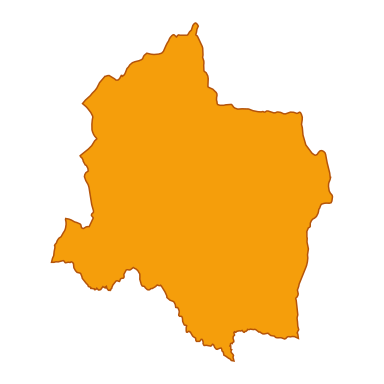 Gachetá, Cundinamarca, Colombia (Equal Earth projection)
{"feature_id": "7082276B90187187212426", "entity_name": "Gachetá", "entity_type": "district", "adm_level": 2, "iso_a3": "COL", "parent_name": "Colombia", "parent_adm1": "Cundinamarca", "projection": "equal_earth", "projection_center": [-73.63, 4.871], "detail": "fine", "context": "isolated", "style": "filled", "palette": "amber", "viewbox_px": 384, "rotation_deg": 0, "n_neighbors": 0, "source": "geoboundaries", "source_scale": "gbopen_adm2", "svg_char_len": 5921}
<svg xmlns="http://www.w3.org/2000/svg" viewBox="0 0 384 384"><path d="M301.4,114.3L300.4,112.5L299.5,112.2L297.7,113.2L296.8,113.4L293.7,112.3L290.5,112.1L285.4,113.9L283.7,113.8L280.6,112.4L278.0,112.0L277.1,112.0L275.5,112.7L273.9,112.9L268.0,111.0L266.7,111.0L264.9,112.1L264.2,112.1L262.9,111.5L261.2,111.9L258.0,111.7L253.0,110.7L248.6,109.0L242.1,108.8L237.7,109.1L234.7,108.0L233.6,107.1L232.0,104.9L231.3,104.4L225.9,104.8L223.6,105.3L219.9,105.3L217.6,104.5L217.1,103.4L217.0,101.9L216.5,100.0L216.6,97.4L217.0,95.5L216.9,93.9L216.2,92.5L212.8,89.2L208.8,87.4L207.9,86.7L208.2,78.7L207.8,76.0L206.2,72.8L204.6,71.6L204.1,71.1L203.9,70.5L203.7,65.2L203.9,63.1L203.8,61.0L202.6,57.4L203.0,55.0L202.7,48.1L202.2,46.4L198.2,37.8L197.3,36.0L196.1,35.2L195.8,34.6L196.5,32.1L196.9,29.4L198.3,26.1L197.3,24.3L195.8,23.0L195.2,23.0L193.7,24.2L192.8,25.6L191.4,30.0L189.5,31.9L187.9,34.6L187.1,35.2L180.0,35.2L178.6,34.9L177.5,35.5L176.8,36.7L176.4,37.0L174.2,34.9L173.7,34.7L173.1,34.8L171.9,35.6L170.3,37.4L169.4,38.9L168.6,40.9L167.2,43.1L165.9,45.7L163.4,51.4L161.6,53.2L158.6,54.1L154.0,54.5L150.9,54.2L146.8,53.2L144.4,55.2L143.6,56.3L142.6,58.8L141.4,59.7L139.1,60.7L135.0,61.7L132.4,62.7L129.9,64.8L128.3,67.2L127.0,68.5L125.0,73.6L123.9,75.2L122.2,76.4L121.9,76.1L121.8,75.4L121.3,75.4L119.7,78.4L118.4,79.8L117.1,80.2L115.8,80.0L114.7,78.9L109.1,75.5L107.2,75.7L105.8,76.3L105.0,76.3L99.6,82.6L96.8,88.1L94.9,90.6L92.2,93.3L90.3,95.7L85.5,100.0L82.5,103.6L86.0,106.6L87.5,108.2L90.8,112.5L92.6,116.0L92.8,117.2L92.3,119.7L91.9,124.2L92.0,129.9L92.6,132.0L93.6,134.4L94.8,136.3L96.3,137.9L96.8,138.9L94.7,140.8L91.7,145.7L88.2,149.2L80.1,155.7L80.6,156.8L81.8,157.8L82.9,159.7L83.2,161.2L85.2,164.9L86.4,165.5L87.9,168.4L88.2,171.0L85.8,172.8L84.8,174.6L84.4,176.7L85.8,180.6L88.1,184.6L89.0,187.5L91.7,204.5L93.5,210.9L93.4,212.4L91.8,213.9L91.4,215.1L91.5,215.6L93.1,217.6L93.2,218.1L89.2,226.6L87.7,226.6L86.1,226.9L83.5,228.5L82.3,228.3L81.4,227.3L80.8,224.8L80.0,223.9L76.7,222.5L74.6,221.9L71.3,220.0L68.9,219.1L65.7,218.5L65.5,219.6L66.0,221.9L66.1,224.4L65.6,227.8L65.1,229.6L64.3,231.3L63.5,232.4L61.1,236.7L58.8,238.3L57.3,240.5L56.3,243.1L55.0,244.5L54.7,245.3L54.8,245.3L54.9,247.8L54.2,251.3L53.7,255.7L52.5,258.3L51.5,262.3L54.0,262.3L55.9,261.8L58.2,261.9L63.2,260.6L63.9,261.0L65.1,262.6L65.6,262.8L68.3,262.2L70.2,262.5L71.1,261.8L71.7,261.9L73.4,263.3L73.9,267.8L75.5,270.7L77.1,272.4L80.1,273.1L80.7,273.6L81.9,276.6L82.3,278.4L86.5,283.7L87.7,284.7L88.4,286.5L90.4,287.2L90.9,287.7L90.8,288.4L91.0,288.4L94.4,288.8L95.0,289.3L94.7,289.7L94.9,289.8L96.2,289.2L96.8,288.2L98.4,290.0L98.9,289.8L99.4,290.0L100.7,289.6L102.9,286.6L103.5,287.1L104.7,287.4L105.5,288.5L105.2,287.1L106.4,286.3L106.8,288.2L108.4,290.3L109.4,290.4L110.2,289.8L110.4,290.2L110.8,289.8L110.8,289.2L111.7,288.2L111.7,288.7L111.9,287.4L112.9,285.0L116.0,281.1L117.0,280.7L119.3,281.5L119.7,281.1L120.5,278.9L121.6,278.4L123.5,278.1L124.1,277.0L123.9,274.3L126.2,270.0L127.1,269.7L129.7,270.0L130.5,269.7L133.3,267.5L135.0,268.6L135.7,268.7L136.4,269.5L137.6,270.3L139.8,274.0L139.9,276.8L139.8,279.3L141.3,284.5L142.2,286.0L144.5,286.5L145.2,287.7L147.4,289.7L149.0,289.9L149.8,289.6L150.8,288.6L152.3,288.5L155.5,286.6L157.2,285.0L158.9,285.6L160.7,285.7L160.8,285.4L161.3,285.9L165.0,291.9L166.8,295.9L166.9,297.5L170.0,300.2L173.0,301.3L174.0,302.0L175.3,304.6L175.7,307.4L176.6,307.6L177.5,307.5L178.3,308.6L179.2,311.0L179.2,312.3L178.7,314.9L178.8,315.5L179.7,316.3L181.2,316.3L181.8,316.6L182.4,318.0L182.7,321.5L184.1,324.7L184.5,325.1L185.8,325.2L186.7,325.8L186.3,326.9L186.2,328.0L186.2,330.9L186.5,332.1L187.2,332.3L188.8,331.3L189.3,331.4L189.7,331.9L190.3,332.0L192.6,336.0L193.5,336.8L195.6,338.1L195.9,340.6L196.5,341.4L199.4,341.4L200.3,340.7L201.1,339.4L201.9,339.3L202.4,339.8L203.2,342.1L203.0,343.3L203.6,344.9L204.2,345.5L206.3,345.3L210.8,346.1L211.6,345.5L212.4,344.3L212.8,344.3L213.6,344.9L214.7,347.4L216.3,349.2L217.2,349.3L219.4,348.4L220.9,348.0L221.3,348.2L221.7,349.2L222.0,350.9L223.3,352.2L223.9,355.2L225.5,356.0L228.8,358.4L229.9,358.8L231.3,360.5L234.0,361.0L233.0,357.1L233.5,355.5L233.1,354.6L231.2,352.4L231.0,351.2L231.7,349.6L230.7,349.3L230.8,346.7L229.8,346.0L230.0,345.6L230.7,345.2L230.4,344.4L230.6,343.6L231.4,343.2L232.2,343.6L232.7,342.5L233.8,341.8L233.7,340.3L233.1,338.7L233.1,337.4L233.4,336.2L234.5,335.3L234.5,334.6L234.1,333.9L233.9,332.4L234.7,331.7L235.2,332.2L235.7,332.4L236.9,331.3L239.4,330.8L240.8,331.0L242.1,330.4L243.5,332.1L244.3,332.3L245.2,331.3L245.9,331.4L247.2,330.3L247.5,329.4L248.2,329.6L249.3,329.6L250.3,329.1L253.6,329.6L254.8,329.3L256.0,329.8L258.9,332.1L260.0,332.0L261.1,332.9L262.9,333.9L264.4,333.9L267.9,333.2L270.7,335.5L274.3,336.1L275.6,337.4L277.1,337.8L281.1,337.7L284.6,339.0L285.9,338.5L286.4,337.8L287.6,336.8L288.9,336.6L290.1,336.9L292.3,336.5L294.5,336.6L298.4,338.4L297.8,334.0L297.1,332.9L297.5,332.4L297.7,331.3L298.5,330.2L298.7,329.5L297.8,326.3L297.5,321.8L297.1,318.7L297.1,317.6L297.8,314.9L297.7,313.9L296.2,300.1L295.7,298.9L295.9,298.1L297.1,296.9L298.0,295.1L298.2,293.8L297.4,290.0L298.6,286.7L299.2,283.9L305.9,267.3L306.6,265.4L307.4,261.9L307.8,258.0L307.5,254.8L308.4,248.9L307.0,242.0L307.2,238.2L306.9,236.9L306.9,232.2L306.7,232.1L306.7,231.8L308.4,227.8L309.4,227.4L310.2,226.6L310.3,223.1L311.4,220.7L312.6,219.2L314.7,218.0L316.4,216.5L318.0,213.4L318.5,211.5L318.8,209.4L319.6,208.2L320.7,205.3L321.5,204.2L323.9,203.4L326.0,203.1L329.5,203.2L331.1,202.7L331.9,201.0L332.5,196.8L332.1,195.2L330.2,192.9L329.2,190.9L329.0,189.8L328.5,186.5L328.6,183.8L328.9,182.5L330.0,179.8L330.6,177.4L330.2,177.4L329.7,173.0L327.1,162.5L325.6,154.4L325.0,152.8L323.6,151.4L321.8,150.6L320.7,150.7L320.0,150.9L318.6,152.3L317.1,154.5L315.6,155.2L314.7,155.1L312.0,153.2L305.8,144.9L303.0,135.1L302.3,127.5L301.5,124.4L302.2,119.9L302.3,117.2L301.4,114.3Z" fill="#f59e0b" stroke="#b45309" stroke-width="1.5"/></svg>